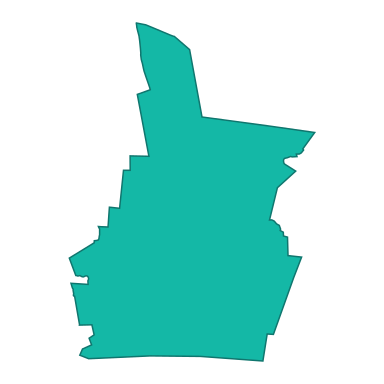 Dochia, Neamt, Romania
{"feature_id": "2599482B13040618624692", "entity_name": "Dochia", "entity_type": "district", "adm_level": 2, "iso_a3": "ROU", "parent_name": "Romania", "parent_adm1": "Neamt", "projection": "orthographic", "projection_center": [26.567, 46.923], "detail": "fine", "context": "isolated", "style": "filled", "palette": "teal", "viewbox_px": 384, "rotation_deg": 0, "n_neighbors": 0, "source": "geoboundaries", "source_scale": "gbopen_adm2", "svg_char_len": 1614}
<svg xmlns="http://www.w3.org/2000/svg" viewBox="0 0 384 384"><path d="M79.4,325.1L91.9,324.8L94.1,334.8L93.8,335.1L89.1,338.2L91.6,344.9L82.5,349.0L79.8,355.2L88.7,358.7L150.2,355.9L200.3,356.4L262.9,361.0L267.0,335.1L267.2,334.0L273.4,334.4L293.8,277.3L301.6,257.1L288.0,255.6L287.5,237.1L283.5,236.0L283.3,232.2L280.2,230.5L280.6,229.1L279.8,226.9L279.3,225.4L277.1,224.2L276.3,223.6L275.2,222.2L274.1,221.0L271.8,219.9L269.5,220.0L277.4,187.7L295.7,171.1L284.8,164.2L284.1,163.6L283.8,162.7L283.5,160.9L283.7,159.5L284.5,158.4L287.5,157.7L290.5,156.5L292.2,156.9L297.0,156.6L296.3,154.1L299.4,154.0L301.3,152.9L303.6,150.0L302.8,148.9L314.7,132.5L269.7,126.1L202.0,117.0L189.6,49.6L174.3,36.4L173.2,36.2L169.6,34.8L152.5,27.6L145.7,24.8L136.4,23.0L136.3,23.4L136.6,25.2L136.8,27.3L137.7,31.0L139.0,35.9L139.7,41.0L140.4,48.0L140.8,53.2L140.7,55.0L141.3,59.6L142.4,63.5L143.5,68.7L144.1,71.2L145.8,76.3L146.7,78.9L148.3,83.5L149.4,86.7L150.3,89.7L150.1,89.8L137.3,94.4L148.9,156.3L130.1,155.9L130.2,170.3L123.5,170.3L119.6,208.3L111.5,207.4L109.4,207.2L108.2,224.6L108.0,227.0L100.7,226.7L98.4,226.5L98.7,227.3L99.6,229.0L99.6,234.8L99.3,236.0L98.9,238.8L98.2,240.0L96.9,240.4L95.3,240.6L94.3,240.7L94.2,242.4L94.2,242.8L69.3,258.1L75.8,275.5L76.6,275.6L77.6,276.0L78.7,275.9L79.3,275.7L80.0,275.6L80.5,275.9L81.5,276.5L83.0,276.9L83.7,276.8L85.1,276.1L86.2,275.8L87.5,276.2L88.1,277.0L88.6,278.3L88.5,279.4L87.9,280.8L88.1,284.4L71.0,283.3L72.4,288.0L73.2,289.3L73.1,290.4L73.7,293.8L73.4,295.1L73.5,295.7L74.0,296.1L74.6,296.2L79.5,324.5L79.4,325.1Z" fill="#14b8a6" stroke="#0f766e" stroke-width="1.5"/></svg>